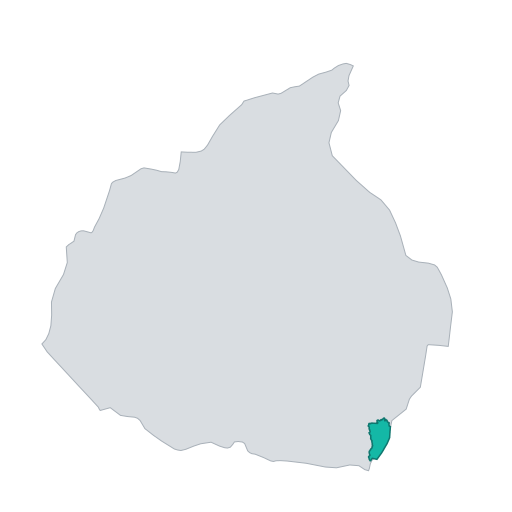 Rushinga, Mashonaland Central, Zimbabwe shown in context, rotated 97°
{"feature_id": "62879985B22521901004108", "entity_name": "Rushinga", "entity_type": "district", "adm_level": 2, "iso_a3": "ZWE", "parent_name": "Zimbabwe", "parent_adm1": "Mashonaland Central", "projection": "robinson", "projection_center": [32.185, -16.62], "detail": "fine", "context": "in_parent", "style": "filled", "palette": "teal", "viewbox_px": 512, "rotation_deg": 97, "n_neighbors": 0, "source": "geoboundaries", "source_scale": "gbopen_adm2", "svg_char_len": 5828}
<svg xmlns="http://www.w3.org/2000/svg" viewBox="0 0 512 512"><g transform="rotate(97 256 256)"><path d="M369.4,457.8L364.7,454.4L358.3,452.2L350.2,451.1L339.6,451.6L326.6,453.4L312.7,451.2L297.8,444.8L285.5,442.5L270.8,445.3L270.1,445.4L267.5,443.2L263.5,438.5L256.8,437.7L254.9,436.6L253.4,434.9L252.4,432.7L252.0,430.2L253.1,422.5L252.5,421.7L250.7,420.7L247.0,419.8L238.1,416.3L227.0,413.0L208.8,409.3L201.8,408.3L200.2,407.2L198.1,404.3L194.6,395.5L191.3,389.7L183.4,380.7L182.2,377.9L182.5,370.8L183.0,365.0L183.8,360.1L183.4,355.5L183.3,349.9L183.5,346.0L182.4,344.4L179.6,343.2L171.5,342.7L161.8,342.9L161.4,337.2L160.4,328.2L158.5,323.1L156.3,320.4L151.8,317.6L142.7,313.8L130.3,308.0L119.7,299.4L107.5,288.6L103.7,286.8L99.1,276.7L92.2,259.5L92.6,253.8L91.5,251.0L84.8,242.5L83.3,238.1L82.1,233.7L71.5,221.3L67.8,215.9L65.0,209.0L62.3,203.4L60.0,201.2L56.9,197.4L54.8,193.1L53.8,189.9L54.5,185.6L55.5,182.6L65.6,185.7L71.1,186.0L75.4,184.4L80.7,186.5L87.1,192.1L94.0,193.1L101.4,189.7L111.5,190.7L124.2,196.3L134.7,197.4L147.2,192.5L158.3,178.7L168.7,165.8L179.0,150.9L185.1,138.8L194.2,129.0L206.2,121.5L218.5,115.1L237.2,107.3L241.0,100.8L242.2,93.8L242.1,84.0L243.1,77.7L245.0,74.8L248.1,72.5L252.2,69.6L264.5,62.2L274.9,57.4L287.5,54.3L301.4,54.3L314.7,54.2L322.3,54.2L322.4,63.6L323.0,74.2L324.5,75.2L334.6,75.5L350.6,76.2L366.2,76.9L376.1,84.6L379.4,86.3L389.7,88.3L402.8,101.1L418.7,102.3L429.5,106.3L439.1,110.7L444.6,116.0L448.2,117.2L453.0,117.6L455.4,118.1L454.8,121.9L451.6,128.3L452.0,137.5L456.4,150.3L457.0,161.4L455.6,180.9L455.7,199.9L456.1,206.7L456.8,211.2L457.8,213.6L457.6,216.4L455.0,224.4L452.8,232.7L452.7,236.1L451.9,238.4L450.4,240.5L443.5,244.4L442.3,246.8L442.3,251.1L443.2,254.8L445.8,256.1L448.9,258.2L450.1,260.9L450.1,263.8L449.1,269.1L446.3,277.9L449.1,288.0L452.2,294.5L456.4,302.1L458.2,306.8L458.1,310.2L457.5,313.5L451.1,327.3L446.5,335.9L440.9,345.2L433.4,351.0L431.5,353.8L430.8,356.9L431.0,363.9L430.7,371.1L424.3,382.2L428.3,391.8L427.4,392.7L425.2,394.1L416.1,404.8L406.9,415.8L400.2,423.7L392.5,432.8L384.0,442.9L376.6,451.6L369.4,457.8Z" fill="#d9dde1" stroke="#a8b0b8" stroke-width="1"/><path d="M408.7,123.5L408.8,123.5L409.2,123.6L409.3,123.6L409.5,123.6L409.8,123.5L410.0,123.5L410.4,123.7L410.7,123.9L410.8,123.9L411.0,123.7L411.3,123.7L411.4,123.3L411.7,123.0L412.0,122.8L412.3,122.7L412.5,122.7L412.8,122.6L413.0,122.8L413.3,122.7L413.6,122.6L413.8,122.6L414.0,122.6L414.2,122.4L414.3,122.2L414.5,122.0L414.9,122.0L415.0,122.0L415.2,121.9L415.3,121.9L415.4,121.7L415.6,121.7L415.8,121.6L416.0,121.5L416.2,121.4L416.3,121.3L416.5,121.3L416.8,121.4L416.8,121.5L417.1,121.6L417.5,121.9L417.6,122.1L417.7,122.3L417.8,122.3L417.9,122.2L418.0,122.1L418.1,121.9L418.2,121.7L418.3,121.7L418.9,121.6L419.0,121.5L419.2,121.4L419.3,121.3L419.4,121.2L419.5,121.0L419.6,120.9L419.8,120.7L420.0,120.5L420.0,120.4L420.1,120.2L420.3,120.2L420.8,120.2L421.1,120.1L421.3,120.1L421.5,120.1L422.0,120.0L422.1,119.9L422.4,119.9L422.5,119.9L422.8,119.9L422.9,120.0L423.0,120.0L423.2,119.9L423.3,119.8L423.5,119.8L424.0,119.5L424.1,119.4L424.4,119.1L424.6,119.0L424.8,118.9L424.9,118.7L425.0,118.6L425.2,118.4L425.3,118.3L425.7,118.3L425.8,118.4L426.3,118.4L426.5,118.2L427.0,118.1L427.4,118.0L427.5,118.0L427.7,117.8L427.8,117.8L427.9,117.7L428.2,117.6L428.3,117.6L428.6,117.6L428.9,117.7L429.0,117.6L429.3,117.5L429.4,117.4L429.6,117.3L429.7,117.2L429.9,117.1L430.0,117.1L430.3,117.2L430.4,117.4L430.5,117.5L430.8,117.4L431.0,117.3L431.3,117.5L431.6,117.6L431.8,117.5L432.1,117.4L432.2,117.5L432.5,117.6L432.9,117.8L433.1,118.1L433.3,118.3L433.5,118.5L433.8,118.6L434.1,118.6L434.4,118.6L434.5,118.7L434.6,118.9L434.6,119.0L435.2,119.1L435.3,119.1L435.5,119.4L435.9,119.7L436.0,119.7L436.3,119.8L436.9,119.8L437.0,119.7L437.6,119.6L438.3,119.4L438.8,119.2L439.0,119.1L439.2,118.9L439.5,118.7L439.8,118.6L440.1,118.7L440.2,118.8L440.3,118.8L440.4,119.0L440.5,119.1L441.4,119.8L441.5,119.8L442.0,119.7L442.3,119.6L442.7,119.2L442.8,119.2L443.5,119.0L443.7,118.9L444.0,118.8L444.2,118.7L444.8,118.2L445.0,117.9L445.2,117.6L445.3,117.6L445.3,117.4L445.1,117.2L442.8,116.1L442.6,115.8L443.1,111.2L439.5,109.2L435.9,107.2L435.6,107.1L432.3,105.6L431.5,105.4L430.8,105.0L430.1,104.7L429.1,104.3L427.1,103.4L426.4,103.1L424.1,102.4L422.4,101.9L422.0,101.8L421.5,101.6L420.2,101.3L419.8,101.2L419.2,101.3L417.2,101.4L416.0,101.5L414.8,101.5L414.7,101.6L414.2,101.6L409.0,101.8L408.9,102.2L408.9,102.3L408.8,102.6L408.6,102.9L408.5,103.1L408.4,103.1L408.2,103.0L407.9,103.2L407.7,103.3L407.4,103.4L407.3,103.5L407.2,103.5L406.8,103.5L406.7,103.6L406.3,103.6L406.0,103.6L405.8,103.6L405.6,103.4L405.3,103.6L405.2,103.7L405.2,103.8L405.3,103.9L405.4,104.0L405.2,104.2L405.0,104.3L404.9,104.5L404.8,104.8L404.8,105.0L404.7,105.2L404.6,105.3L404.4,105.5L404.1,105.6L403.6,105.8L403.4,105.8L403.2,105.9L403.2,106.0L403.2,106.3L403.2,106.5L402.7,106.9L402.6,107.0L402.9,107.5L403.2,107.6L403.3,107.6L403.5,107.7L403.8,107.8L403.8,108.0L403.7,108.0L403.4,108.3L403.2,108.3L403.1,108.2L402.9,108.1L402.5,108.1L402.2,108.1L402.1,108.3L401.9,108.4L401.9,108.6L401.7,108.8L401.3,108.8L401.2,109.0L401.5,109.7L402.3,110.2L402.9,110.7L403.0,110.9L403.0,111.1L403.3,111.2L403.1,111.4L403.1,111.6L403.2,112.0L403.3,112.1L403.9,112.3L404.1,112.6L404.6,113.0L404.6,113.3L404.2,114.0L404.2,114.4L404.1,114.7L403.9,114.9L404.2,115.5L404.3,115.5L404.7,115.6L404.9,115.9L405.6,115.6L406.0,115.2L406.6,114.8L406.8,115.6L407.4,115.4L407.7,119.8L407.8,119.9L407.8,120.0L407.8,120.3L407.7,120.5L407.8,120.6L407.8,120.9L407.9,121.0L408.0,121.2L408.0,121.3L408.2,121.5L408.3,121.6L408.3,121.8L408.2,121.8L408.2,122.0L408.3,122.0L408.4,121.9L408.5,122.0L408.6,122.3L408.6,122.5L408.6,122.9L408.6,123.0L408.4,123.1L408.4,123.3L408.5,123.4L408.7,123.5L408.7,123.5Z" fill="#14b8a6" stroke="#0f766e" stroke-width="1.5"/></g></svg>